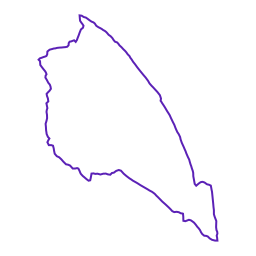 outline of Uriri, Nyanza, Kenya
{"feature_id": "3690345B30579177198917", "entity_name": "Uriri", "entity_type": "district", "adm_level": 2, "iso_a3": "KEN", "parent_name": "Kenya", "parent_adm1": "Nyanza", "projection": "equal_earth", "projection_center": [34.454, -0.944], "detail": "fine", "context": "isolated", "style": "outline", "palette": "violet", "viewbox_px": 256, "rotation_deg": 0, "n_neighbors": 0, "source": "geoboundaries", "source_scale": "gbopen_adm2", "svg_char_len": 3419}
<svg xmlns="http://www.w3.org/2000/svg" viewBox="0 0 256 256"><path d="M129.5,56.1L127.7,54.3L126.3,52.3L125.0,50.8L123.5,49.4L121.4,47.1L119.5,45.4L118.4,43.8L117.1,42.4L115.0,41.7L113.5,39.9L112.4,38.1L110.6,36.2L108.6,34.8L107.3,33.2L106.2,32.0L104.8,30.9L103.1,30.0L101.8,29.0L100.4,28.2L98.4,27.2L96.3,25.8L94.8,23.5L93.5,22.4L91.5,21.6L89.6,20.3L87.6,18.8L85.9,17.6L83.7,17.0L81.7,15.7L79.6,15.4L79.9,19.0L80.1,20.8L81.3,22.6L82.4,24.0L83.5,25.7L83.0,27.7L80.9,29.5L80.5,30.5L79.5,33.0L78.7,35.3L77.7,37.8L76.9,40.0L75.7,41.9L74.1,40.3L73.0,40.7L71.2,41.4L69.6,41.7L68.7,43.2L68.6,45.2L67.3,46.7L65.6,47.1L63.4,47.3L61.6,47.5L59.6,47.6L57.0,47.9L55.3,48.4L53.9,48.5L53.2,48.7L51.9,49.1L51.4,49.2L49.6,49.7L47.4,51.5L47.2,54.4L46.4,56.0L45.0,56.6L43.6,57.0L41.8,57.7L39.8,58.4L38.6,59.7L40.0,61.1L40.3,65.0L42.0,67.3L43.7,69.5L45.1,71.2L45.5,71.8L46.2,73.3L46.5,74.3L45.6,75.7L45.4,77.6L46.8,79.9L48.3,82.8L49.8,84.6L50.5,86.5L50.9,88.8L49.5,90.8L47.8,92.5L46.6,93.9L47.0,96.0L47.9,98.4L48.3,101.4L46.4,103.3L46.6,104.2L47.4,108.2L47.1,108.9L46.8,109.9L46.5,111.9L47.0,114.9L47.1,118.2L46.4,121.2L45.6,123.8L45.9,126.8L46.1,130.3L46.5,132.8L46.6,133.9L47.9,136.9L49.4,138.5L48.3,140.3L47.4,142.2L48.8,145.1L51.2,145.1L53.0,145.7L53.7,148.3L54.1,150.9L54.7,153.7L56.8,156.2L59.2,157.3L59.8,157.9L61.0,159.0L61.5,159.5L63.2,161.5L66.0,164.3L68.1,164.7L70.0,165.5L71.1,166.7L72.7,168.5L75.3,168.5L77.1,168.1L78.4,168.6L79.5,170.8L80.3,172.8L80.8,173.8L81.5,174.6L83.0,176.2L83.8,176.8L84.5,177.4L86.0,178.7L86.7,179.3L87.4,179.8L88.6,180.7L90.2,180.3L90.7,178.1L91.1,176.0L91.3,174.8L91.5,173.6L93.4,173.4L95.3,173.9L97.5,173.7L100.4,174.5L103.3,173.7L105.8,173.6L108.0,174.4L110.3,174.7L111.9,173.0L113.8,172.7L116.2,170.9L118.8,170.0L121.0,170.7L123.7,173.7L126.4,176.0L129.4,178.3L131.3,179.5L132.8,180.6L135.3,182.0L137.4,183.2L140.5,185.2L145.0,187.8L147.6,189.3L149.5,190.5L152.0,191.8L153.8,193.1L155.1,194.2L156.3,195.6L157.7,196.9L162.2,201.5L165.6,204.5L168.8,207.5L170.7,209.4L172.2,211.1L174.2,212.1L176.6,211.8L178.8,212.2L180.8,213.3L182.5,213.5L183.0,213.7L183.3,217.0L183.3,219.0L183.4,220.1L183.4,220.8L185.3,221.2L186.9,220.6L188.9,219.8L190.8,220.3L192.4,221.4L194.0,222.6L195.7,224.6L197.3,226.8L198.7,228.3L200.0,230.1L201.0,232.2L202.2,234.0L204.2,235.7L206.3,235.9L207.8,236.5L209.7,238.4L212.0,239.8L215.1,240.6L217.4,240.6L217.1,237.6L216.7,235.7L217.4,233.6L217.2,231.7L216.5,230.2L216.1,227.2L216.2,224.1L216.3,221.0L214.8,217.1L214.5,216.2L213.9,214.2L213.9,211.9L213.9,211.1L213.9,210.2L213.7,208.6L213.5,207.0L213.2,203.5L212.0,191.7L211.6,189.9L211.2,187.6L210.8,185.6L208.9,184.7L207.4,184.4L206.7,184.1L205.0,182.8L204.3,182.4L202.8,181.9L202.0,181.9L200.9,182.1L200.0,182.6L198.9,183.4L198.3,183.9L196.2,185.7L194.7,183.9L194.2,181.1L193.8,178.9L193.3,176.2L193.2,172.8L192.7,170.7L191.9,168.5L191.2,166.1L190.5,164.3L189.6,161.2L189.2,159.6L187.9,157.0L186.3,153.3L185.6,151.3L184.7,149.3L183.5,146.5L181.8,142.8L180.6,139.4L180.1,137.0L178.7,134.1L177.4,132.2L176.5,130.3L175.5,128.0L174.3,124.8L172.8,121.9L170.8,117.7L169.7,115.2L168.4,113.1L167.1,111.1L165.0,107.5L163.6,105.3L162.4,103.5L161.8,102.6L161.2,101.5L160.6,100.8L161.0,98.6L159.9,95.2L157.4,92.0L155.1,89.5L153.1,87.3L151.6,85.8L149.5,83.4L148.1,80.9L145.6,77.5L143.7,75.3L141.4,72.5L139.3,69.9L137.1,67.1L135.1,64.3L133.1,61.8L131.6,59.4L130.3,57.7L129.5,56.1Z" fill="none" stroke="#5b21b6" stroke-width="2"/></svg>